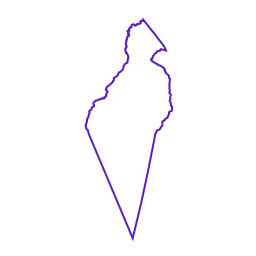 the district of South Imenti, Eastern, Kenya, rotated 275°
{"feature_id": "3690345B43224395015109", "entity_name": "South Imenti", "entity_type": "district", "adm_level": 2, "iso_a3": "KEN", "parent_name": "Kenya", "parent_adm1": "Eastern", "projection": "robinson", "projection_center": [37.719, -0.117], "detail": "fine", "context": "isolated", "style": "outline", "palette": "violet", "viewbox_px": 256, "rotation_deg": 275, "n_neighbors": 0, "source": "geoboundaries", "source_scale": "gbopen_adm2", "svg_char_len": 6080}
<svg xmlns="http://www.w3.org/2000/svg" viewBox="0 0 256 256"><g transform="rotate(275 128 128)"><path d="M18.6,142.3L53.8,147.6L90.0,152.1L124.7,155.8L125.7,156.5L126.1,156.7L126.7,156.6L127.8,156.9L128.3,157.2L128.4,157.5L128.5,158.1L128.9,159.0L129.5,159.7L129.9,160.1L131.3,160.5L132.1,160.9L132.4,161.2L132.7,161.6L133.0,161.8L134.6,162.1L135.3,161.9L135.7,161.8L136.6,161.9L137.2,161.7L137.7,161.8L137.8,162.3L138.1,162.7L138.5,162.9L138.8,163.3L138.8,163.8L139.2,164.0L139.7,164.1L140.0,164.2L140.5,164.5L140.7,164.9L140.8,165.3L141.4,166.1L141.9,166.2L142.1,166.6L142.6,166.7L143.0,166.7L143.7,167.0L144.3,167.1L144.9,167.6L145.4,167.7L145.9,167.7L146.2,167.5L146.7,167.5L147.6,167.7L148.0,168.1L148.2,168.4L148.2,169.0L148.4,169.5L148.7,169.9L149.6,170.3L150.2,170.4L150.9,170.3L151.3,170.2L151.8,170.1L152.2,170.2L152.6,170.2L153.1,170.1L153.3,169.9L153.5,169.6L153.5,169.2L153.8,169.0L154.1,168.8L154.5,168.6L154.9,168.5L155.2,168.7L155.6,168.7L156.3,168.3L156.9,168.2L157.3,168.1L157.7,167.8L158.1,167.4L158.6,167.1L159.1,167.2L159.8,167.6L160.1,167.7L160.7,167.6L161.7,167.3L162.1,167.3L162.7,167.4L163.1,167.4L164.5,167.8L165.0,167.8L165.4,167.6L165.9,166.8L166.3,166.3L167.0,166.1L167.4,166.1L168.5,166.3L168.9,166.5L169.2,166.5L170.1,166.0L170.6,165.8L172.2,165.9L172.5,165.8L172.8,165.7L173.9,165.6L174.6,165.3L175.2,165.4L175.7,165.5L176.8,165.6L177.4,165.4L177.9,165.3L178.7,165.5L179.6,165.7L180.2,165.7L180.5,165.5L180.5,165.2L180.8,164.9L181.5,164.7L182.0,164.4L182.4,164.3L183.5,164.1L184.0,163.9L185.2,162.1L185.6,161.7L185.7,161.3L186.0,161.0L186.4,161.0L186.7,160.6L187.7,160.3L188.1,159.7L188.4,159.4L188.8,159.3L189.3,159.7L189.6,159.6L189.9,159.3L190.4,159.0L190.4,158.5L190.6,158.1L191.0,158.0L191.3,157.6L192.0,157.0L192.1,156.5L192.2,156.0L192.4,155.5L192.7,155.0L192.9,154.6L193.1,154.1L193.2,153.7L193.2,152.7L193.5,152.3L193.8,152.2L194.3,151.6L194.4,150.9L194.7,149.9L195.3,149.0L195.6,148.3L196.0,147.9L196.2,147.4L196.3,147.0L196.9,145.9L197.4,145.8L197.9,145.1L198.2,145.0L198.5,145.0L198.7,145.5L199.2,145.7L199.9,146.4L200.4,146.5L200.8,146.4L201.2,146.5L201.8,146.5L202.5,147.3L203.7,147.8L204.0,148.1L204.5,148.2L204.7,148.5L204.8,148.9L205.0,149.2L205.5,149.4L205.7,149.9L206.8,150.2L207.0,150.5L207.0,150.9L207.1,151.2L207.5,152.2L207.5,152.7L207.7,153.1L208.2,153.1L208.5,153.3L208.9,153.4L209.2,153.6L209.4,153.9L209.0,154.9L209.1,155.9L209.0,157.0L208.4,158.6L208.5,159.1L208.8,158.8L210.2,158.2L211.5,157.5L212.5,156.8L217.1,152.6L219.7,150.2L222.0,148.2L224.9,145.6L227.0,143.4L229.9,140.7L237.4,133.6L237.0,133.5L236.2,133.8L235.8,133.5L235.9,133.1L236.1,132.7L236.0,132.0L235.8,131.5L235.5,131.1L235.0,131.1L234.4,131.3L234.1,131.6L233.7,131.6L233.3,131.4L233.2,130.9L232.5,129.8L232.8,129.6L232.9,129.1L232.7,128.7L232.6,128.3L232.3,128.1L231.9,128.1L231.8,127.8L231.4,127.5L231.1,127.1L230.8,126.9L230.6,126.5L230.6,126.1L230.8,125.7L231.2,125.6L231.5,125.4L231.8,124.9L231.8,124.5L231.6,124.1L231.4,123.2L231.1,122.9L230.8,122.9L230.0,122.4L229.7,122.3L229.4,122.5L229.0,122.6L228.6,122.5L228.4,122.0L228.2,121.4L227.8,121.2L227.3,120.7L227.1,120.4L226.8,120.3L226.4,120.3L225.9,120.5L225.0,120.9L224.8,120.6L224.9,120.2L224.9,119.8L224.8,119.3L224.5,118.9L224.1,119.1L223.9,119.5L223.2,119.8L223.1,120.1L223.0,120.4L222.7,120.4L222.4,120.2L222.1,119.8L221.7,120.2L221.5,120.5L221.2,120.2L220.8,120.3L220.8,120.8L220.4,121.1L220.0,120.8L219.6,120.7L219.4,119.9L218.9,119.4L218.4,119.4L217.9,119.4L217.5,119.1L217.1,119.2L216.8,119.4L216.5,119.3L216.2,118.9L215.9,118.8L215.6,119.0L215.1,118.9L214.8,118.6L214.4,118.8L213.6,118.9L213.2,118.7L212.8,118.7L212.5,118.5L212.1,118.5L210.8,118.6L210.3,119.1L210.0,119.0L209.7,119.3L209.3,119.4L208.9,119.6L208.6,119.4L208.2,119.4L207.9,119.2L207.6,118.8L206.8,118.6L206.4,118.3L206.0,118.4L205.6,118.6L205.1,118.8L204.8,118.6L204.3,118.6L203.9,119.0L203.4,119.3L202.7,119.5L202.6,119.9L202.5,120.3L202.0,120.2L201.3,120.9L201.1,121.2L200.7,121.5L200.2,121.6L199.2,121.9L198.9,122.1L198.6,122.1L198.2,122.2L197.7,122.3L197.4,122.0L197.0,121.9L196.5,122.1L196.1,122.0L195.0,121.6L194.5,121.7L194.2,121.7L193.5,121.8L193.1,121.6L192.7,121.2L192.5,120.8L192.3,120.3L191.9,120.0L191.6,119.8L191.3,119.5L191.1,119.0L190.7,118.8L189.8,118.6L188.7,118.3L187.9,118.2L185.4,117.6L184.8,116.9L183.2,115.4L182.8,114.5L182.5,114.1L182.1,113.9L181.5,113.8L180.3,113.5L180.1,113.3L179.5,112.8L179.1,112.6L178.6,112.3L178.2,112.0L177.7,111.1L177.3,110.7L177.1,110.3L177.0,109.9L176.6,109.5L175.0,109.7L174.4,109.7L174.2,109.2L173.9,109.0L173.6,109.1L173.1,109.0L172.5,108.6L172.1,108.5L171.9,108.4L171.2,107.6L170.9,107.3L170.5,107.2L170.2,106.9L169.9,106.3L169.5,106.2L169.1,105.6L168.7,105.4L167.8,104.2L167.1,103.4L166.3,103.3L166.0,103.2L165.7,102.9L165.3,102.8L165.0,103.0L164.6,102.9L164.2,102.6L163.6,103.1L163.5,103.5L163.2,103.7L163.0,104.1L162.7,104.4L162.0,104.3L161.5,104.1L161.2,103.7L160.6,103.7L160.3,103.6L159.8,103.4L159.3,103.3L158.9,103.1L158.6,103.1L158.3,103.2L158.0,103.5L157.6,103.3L157.3,103.0L157.0,102.8L156.7,101.8L156.2,101.8L156.1,102.1L155.6,101.8L155.3,101.5L155.1,101.2L155.1,100.8L155.5,100.0L155.4,99.5L154.6,98.8L154.4,98.3L154.3,97.0L154.0,96.8L153.6,96.6L153.4,95.8L153.1,95.5L152.9,95.2L152.4,93.5L152.1,93.4L151.8,93.0L151.5,92.6L150.8,91.8L150.1,91.4L149.6,91.3L149.3,91.2L149.0,91.3L148.7,91.5L148.4,91.8L147.5,92.2L147.1,92.3L146.7,92.2L146.3,91.9L146.2,91.3L146.0,90.9L145.4,90.4L145.1,90.2L144.8,90.0L144.5,90.1L143.6,90.1L143.1,89.9L142.7,89.7L142.5,89.4L142.1,88.3L141.7,88.2L141.2,87.9L140.7,87.9L140.3,88.2L139.8,88.4L139.3,88.3L138.9,88.2L138.1,87.8L137.7,87.8L137.3,87.8L136.8,87.6L136.4,87.6L135.9,87.6L135.5,87.6L135.2,87.6L134.9,87.4L134.7,87.1L134.1,86.6L133.8,86.5L133.3,86.5L133.0,86.6L132.5,86.5L132.1,86.4L131.0,86.7L130.6,86.5L130.2,86.2L129.4,86.2L128.7,85.8L128.4,85.7L128.0,85.6L127.7,85.7L126.9,85.9L126.3,85.6L125.9,85.7L125.6,86.0L125.2,86.3L124.6,86.3L124.1,86.3L123.8,86.5L122.7,87.5L122.4,87.9L122.1,88.4L121.5,88.5L121.1,88.7L120.7,88.8L119.8,89.1L119.3,89.1L18.6,142.3Z" fill="none" stroke="#5b21b6" stroke-width="2"/></g></svg>